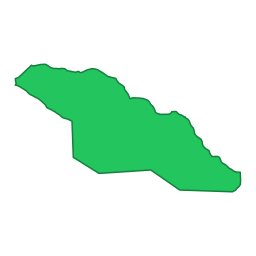 outline of Champen Estate, Anse-la-Raye, Saint Lucia
{"feature_id": "8701671B64921834857972", "entity_name": "Champen Estate", "entity_type": "district", "adm_level": 2, "iso_a3": "LCA", "parent_name": "Saint Lucia", "parent_adm1": "Anse-la-Raye", "projection": "robinson", "projection_center": [-61.03, 13.936], "detail": "fine", "context": "isolated", "style": "filled", "palette": "green", "viewbox_px": 256, "rotation_deg": 0, "n_neighbors": 0, "source": "geoboundaries", "source_scale": "gbopen_adm2", "svg_char_len": 3824}
<svg xmlns="http://www.w3.org/2000/svg" viewBox="0 0 256 256"><path d="M31.4,65.3L18.4,77.6L15.5,78.5L15.4,78.7L15.4,78.9L15.4,80.0L15.6,81.4L15.9,82.3L16.0,83.3L16.0,83.8L15.8,84.4L15.6,84.7L15.4,85.1L15.7,85.2L17.3,85.5L18.9,86.3L20.6,87.1L21.9,88.1L23.5,89.0L25.1,90.1L26.2,90.7L27.5,92.1L28.7,93.4L29.8,94.3L31.6,95.2L33.5,96.2L35.0,97.0L38.0,98.5L39.9,99.9L40.9,100.7L41.4,101.1L42.7,102.3L44.1,103.7L44.9,104.3L45.5,105.1L45.8,105.6L46.1,106.3L47.1,107.8L48.2,108.3L48.5,108.5L48.8,108.7L49.1,108.8L49.9,109.1L51.0,109.6L53.7,111.2L55.4,112.1L56.7,113.2L57.9,113.9L58.2,114.0L58.4,114.1L58.6,114.3L59.9,115.2L60.6,115.9L61.4,116.6L62.0,117.2L62.8,117.7L63.9,118.1L65.6,118.6L67.1,118.9L68.4,119.5L70.1,120.2L71.8,121.1L72.0,121.2L73.3,157.3L73.6,157.5L99.0,173.4L150.8,170.0L158.2,175.1L179.7,190.0L232.5,191.8L235.6,190.2L237.0,188.3L239.0,186.6L240.4,184.4L240.6,179.7L240.4,175.6L240.2,172.6L240.2,172.3L239.3,172.2L238.7,172.2L238.3,172.2L238.0,172.1L237.2,172.1L236.7,172.0L236.2,172.1L235.8,171.9L235.2,171.7L234.7,171.5L234.3,171.3L234.0,171.2L233.3,170.8L232.9,170.5L232.6,170.2L232.2,170.0L231.7,169.6L231.3,169.3L230.9,169.1L230.3,168.8L229.6,168.4L229.3,168.2L228.8,168.0L228.3,167.4L227.8,166.9L227.2,166.3L226.3,165.4L225.1,164.5L224.0,163.9L222.8,163.3L221.6,162.3L221.1,161.6L220.8,160.6L220.3,159.2L219.7,158.0L219.1,157.1L218.2,156.7L217.0,156.4L215.6,156.5L214.1,156.5L213.1,156.6L212.0,156.2L210.6,154.9L210.2,153.9L209.7,152.8L209.5,152.2L209.2,150.9L208.8,150.5L207.9,150.0L206.6,149.2L205.0,148.0L203.7,146.6L202.9,145.6L202.5,144.2L202.3,143.2L202.2,141.9L201.6,140.5L201.0,139.3L199.9,138.5L198.1,137.3L196.2,135.8L195.1,134.4L194.6,133.5L194.4,132.4L194.2,131.2L194.0,130.2L193.4,128.5L192.9,127.5L192.4,127.0L191.2,125.9L190.5,124.5L190.2,123.8L189.7,122.3L188.9,120.5L188.1,119.5L186.5,118.4L184.7,117.3L184.8,117.0L184.5,117.1L182.9,115.9L181.2,114.9L180.4,114.7L179.3,114.5L178.0,113.4L176.9,112.3L176.0,111.5L171.8,111.7L171.4,112.4L170.8,113.2L170.1,113.7L169.3,114.1L168.3,114.2L167.0,114.3L165.6,114.3L164.6,114.3L163.6,114.3L162.3,114.3L161.2,114.4L160.5,114.3L159.6,114.1L158.4,113.8L157.3,113.4L157.0,113.3L156.9,113.3L156.5,113.1L156.4,113.0L156.0,112.7L155.9,112.6L155.6,112.2L155.3,111.8L155.0,110.9L154.8,110.2L154.4,109.1L153.5,107.3L152.7,106.3L152.7,106.1L152.2,105.7L151.6,105.3L150.7,104.4L150.2,103.5L149.9,102.8L149.2,101.7L148.5,101.0L147.5,100.2L146.4,99.7L145.5,99.4L145.0,99.2L144.4,99.0L143.7,98.6L142.4,98.4L141.8,98.4L140.8,98.3L139.5,98.0L138.5,98.0L137.7,98.0L136.3,97.9L134.6,97.9L133.1,97.8L131.9,98.1L130.9,98.4L130.2,98.7L129.8,98.3L129.7,97.9L129.3,97.1L128.8,95.9L128.3,94.6L127.7,93.5L127.0,92.6L126.4,91.8L125.7,90.9L124.9,90.0L124.6,89.4L124.5,88.9L124.5,88.1L124.5,87.7L124.3,87.2L123.8,86.6L123.0,85.9L122.3,85.3L121.7,84.9L120.9,84.4L120.1,83.9L119.3,83.5L118.6,82.8L118.0,82.1L117.4,81.3L116.9,80.7L116.6,80.0L116.3,79.3L116.1,78.8L115.6,78.4L114.9,78.1L114.3,78.0L113.3,77.8L112.1,77.6L111.2,77.4L110.1,76.9L109.3,76.7L108.3,76.6L107.5,76.2L106.6,75.5L105.3,74.6L104.4,74.0L104.2,73.6L104.3,73.8L102.0,72.3L100.8,71.6L99.2,70.7L97.9,69.9L96.3,69.3L95.0,69.0L93.0,68.8L91.7,68.7L89.9,69.2L88.0,69.7L86.2,70.3L84.7,71.1L83.2,71.8L82.1,72.3L80.9,72.6L80.1,72.5L79.6,72.1L79.0,71.7L78.3,71.4L77.7,71.5L77.3,71.7L76.3,72.1L74.9,72.2L73.6,71.9L72.0,71.7L70.6,71.2L69.9,71.1L69.5,71.1L68.8,71.0L67.7,70.9L67.1,70.7L66.7,70.4L66.4,70.1L65.9,69.5L65.1,69.0L64.5,68.7L63.8,68.6L62.8,68.5L61.5,68.4L60.7,68.5L59.6,68.7L58.7,68.7L58.3,68.7L58.1,68.7L57.7,68.6L57.3,68.6L56.7,68.5L55.7,68.4L54.9,68.5L53.9,68.5L51.0,67.7L50.9,67.7L50.7,67.6L50.1,67.1L49.3,66.7L48.3,65.9L47.1,65.1L46.7,64.9L45.5,64.4L44.2,64.2L42.6,64.5L41.2,64.4L40.0,64.6L39.9,64.7L39.1,64.8L35.9,65.5L33.3,65.9L32.0,65.6L31.4,65.3Z" fill="#22c55e" stroke="#15803d" stroke-width="1.5"/></svg>